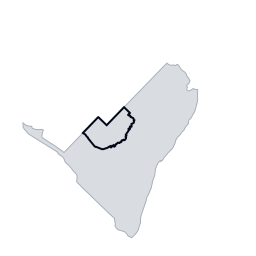 where Omaheke sits in Namibia, rotated 224°
{"feature_id": "NAM-3353", "entity_name": "Omaheke", "entity_type": "Region", "adm_level": 1, "iso_a3": "NAM", "parent_name": "Namibia", "parent_adm1": "", "projection": "robinson", "projection_center": [18.894, -22.054], "detail": "fine", "context": "in_parent", "style": "outline", "palette": "ink", "viewbox_px": 256, "rotation_deg": 224, "n_neighbors": 0, "source": "natural_earth", "source_scale": "10m", "svg_char_len": 5416}
<svg xmlns="http://www.w3.org/2000/svg" viewBox="0 0 256 256"><g transform="rotate(224 128 128)"><path d="M185.1,56.8L187.6,56.2L190.0,55.7L192.8,55.2L195.0,54.7L195.6,54.6L200.9,55.1L203.3,55.5L204.1,55.8L205.1,56.7L207.0,58.8L206.5,58.7L203.0,59.2L201.6,59.8L198.5,62.3L197.9,62.0L197.1,61.4L196.5,61.3L195.2,61.9L193.8,62.6L192.3,63.7L191.1,64.7L190.7,65.2L188.8,67.3L188.2,67.6L187.6,67.8L187.4,67.7L187.2,66.8L186.0,64.7L184.1,62.0L183.6,61.7L183.2,61.6L181.8,61.7L177.8,62.5L174.3,63.1L169.1,64.2L163.5,65.1L160.0,65.7L157.0,65.9L157.0,68.6L157.0,74.0L157.0,79.5L157.0,85.0L157.0,90.4L156.9,95.9L156.9,101.4L156.9,106.9L156.9,112.3L156.9,114.7L156.8,115.2L155.1,115.2L151.2,115.2L147.9,115.2L145.3,115.2L145.3,118.5L145.3,122.3L145.3,126.2L145.3,130.0L145.3,133.8L145.3,137.7L145.3,141.5L145.3,145.4L145.3,149.2L145.3,152.1L145.3,152.5L145.3,158.1L145.2,164.0L145.2,170.0L145.2,176.0L145.2,181.9L145.2,187.9L145.2,193.9L145.1,199.8L145.1,201.7L144.0,201.7L141.6,202.4L140.1,203.4L139.5,204.5L138.6,205.3L137.5,205.5L137.0,206.1L137.2,207.0L136.7,207.8L135.8,208.3L134.2,208.1L132.1,207.3L129.4,207.1L126.1,207.6L123.7,207.4L122.3,206.5L120.7,206.1L119.1,206.0L118.2,205.6L116.2,205.0L115.9,204.0L115.6,203.2L115.1,202.4L115.0,201.7L115.4,201.2L115.5,200.4L115.2,199.3L114.7,198.7L113.9,198.8L113.4,198.3L113.2,197.4L112.8,196.8L111.7,196.1L110.3,196.6L109.7,197.4L109.3,198.6L108.9,199.2L108.8,200.2L108.7,201.0L108.3,201.7L107.9,202.0L107.6,201.9L106.8,202.2L105.3,203.4L104.8,204.0L103.5,202.9L99.8,198.8L98.4,197.7L96.4,195.2L92.1,187.4L91.4,185.9L90.6,182.2L89.6,179.4L89.5,177.8L89.9,176.9L89.6,175.7L89.1,174.6L87.6,173.1L87.2,168.3L86.2,165.2L86.4,162.6L85.9,160.3L85.8,158.7L86.0,155.9L85.2,152.6L83.5,149.4L82.0,144.7L81.8,142.7L81.9,137.2L81.6,135.0L81.6,132.4L81.0,129.7L80.8,128.2L81.2,127.0L81.4,127.4L81.8,127.6L82.1,126.0L82.2,124.6L81.4,121.2L79.8,117.8L75.7,112.1L74.7,109.9L74.1,108.2L69.5,100.7L67.5,95.4L66.1,90.9L64.7,88.8L57.7,74.0L56.2,71.7L53.5,68.8L52.8,67.9L51.7,65.2L49.7,61.6L49.1,58.2L49.0,54.4L49.2,51.5L51.0,51.2L52.3,50.4L53.5,50.4L54.7,51.0L55.9,51.0L56.4,50.9L58.6,51.0L59.8,50.3L61.3,49.6L62.2,49.0L63.4,48.4L65.0,47.7L65.9,47.8L67.1,48.0L68.6,48.3L69.4,48.7L70.4,50.1L72.0,51.3L73.1,52.0L74.4,53.0L74.8,53.4L75.4,53.6L75.8,53.7L78.2,53.5L80.4,53.4L82.8,53.4L87.3,53.4L91.7,53.4L96.2,53.4L100.7,53.4L105.1,53.4L109.6,53.4L114.1,53.4L118.5,53.4L120.4,53.4L123.6,53.5L126.9,53.5L127.3,53.6L127.7,53.9L128.0,54.1L129.2,55.8L130.7,57.6L131.9,58.5L133.5,58.9L134.9,59.1L136.2,59.0L138.4,59.2L141.4,59.8L144.6,60.0L147.9,59.8L150.2,60.1L151.6,60.9L152.9,61.5L154.3,61.8L156.2,61.7L158.6,61.0L160.7,61.1L161.6,61.6L162.2,61.6L165.7,60.9L168.5,60.3L172.8,59.4L176.3,58.7L181.5,57.5L185.1,56.8Z" fill="#d9dde1" stroke="#a8b0b8" stroke-width="1"/><path d="M157.0,93.1L157.0,93.4L157.0,95.1L157.0,96.8L157.0,98.5L157.0,100.1L157.0,101.8L157.0,102.6L157.0,103.4L157.0,104.1L157.0,104.9L157.0,105.7L157.0,106.5L157.0,107.2L157.0,108.0L157.0,108.8L157.0,109.5L157.0,110.3L157.0,111.1L157.0,111.9L157.0,112.6L157.0,113.4L157.0,114.2L157.0,114.7L156.8,115.2L156.2,115.2L153.4,115.2L150.7,115.2L148.0,115.2L145.3,115.2L145.3,116.4L145.3,118.4L145.3,120.4L145.3,122.4L145.3,124.5L145.3,126.8L145.3,129.1L145.3,131.4L145.3,132.8L145.3,133.7L145.3,136.0L145.3,138.3L145.3,140.2L137.9,140.2L137.1,140.1L137.1,137.7L136.9,137.5L136.7,137.4L136.3,137.5L135.8,138.2L135.8,138.3L135.7,138.3L134.6,138.2L134.4,138.2L134.4,137.9L133.7,137.7L131.5,138.7L131.3,138.7L130.4,138.5L130.1,138.4L129.4,137.7L129.1,137.4L129.0,137.5L128.9,137.6L128.7,137.8L127.5,135.6L127.5,135.4L128.2,133.5L128.3,133.4L128.2,133.3L128.1,133.1L126.5,131.7L126.4,131.5L126.4,131.4L126.5,131.2L126.8,130.9L127.4,130.9L127.5,130.8L127.6,130.7L127.5,130.3L127.4,130.0L127.3,129.9L127.2,129.8L126.9,129.8L126.7,129.7L126.4,129.4L126.2,129.2L126.1,128.9L126.2,128.7L126.3,128.6L126.8,128.4L127.0,128.2L127.0,127.9L127.0,127.7L126.9,127.7L126.0,128.0L125.9,128.0L125.8,126.5L125.8,126.1L125.5,125.1L125.4,124.8L125.3,123.4L124.9,121.7L124.7,121.6L124.4,121.9L124.0,121.7L123.9,121.5L124.0,121.4L124.4,121.2L124.1,120.8L124.0,120.6L123.7,120.1L123.5,119.9L123.0,119.9L122.9,119.9L122.7,119.8L122.4,119.2L122.1,118.5L122.0,118.3L122.0,118.1L122.1,116.9L122.2,116.7L122.3,116.7L122.5,116.7L123.0,116.5L123.1,116.4L123.2,116.1L123.1,115.9L123.1,115.7L123.4,115.2L123.5,114.9L123.8,114.7L123.8,114.3L123.8,114.2L123.7,114.1L123.5,113.8L123.4,113.7L123.2,113.5L123.2,113.4L123.2,113.1L123.4,112.7L123.7,112.4L123.8,112.1L123.7,111.3L123.9,111.1L124.6,110.8L124.9,110.6L125.2,110.2L125.2,109.8L125.1,109.3L125.1,108.9L125.1,108.7L125.1,108.4L125.4,108.2L125.4,107.9L125.4,107.4L125.4,107.2L125.6,106.9L125.6,106.7L125.5,106.3L125.4,106.2L125.2,106.2L124.8,106.2L124.8,105.5L124.8,105.2L125.0,105.0L125.3,104.9L125.4,105.0L126.6,105.3L126.6,105.2L126.5,104.9L126.4,104.7L126.5,104.4L126.9,104.1L127.1,104.0L127.1,103.9L127.2,103.7L127.2,103.4L126.7,103.4L126.6,102.8L126.7,102.3L126.9,102.2L127.8,102.0L128.0,102.0L128.3,102.3L128.6,101.6L128.6,101.3L129.0,99.5L129.1,99.3L131.1,95.6L131.5,95.2L131.9,94.8L132.0,94.7L137.6,92.4L138.0,92.2L138.3,91.8L138.6,91.7L138.9,91.7L139.6,91.7L139.9,91.7L149.3,92.8L149.5,92.9L149.8,93.1L150.0,93.1L150.6,93.3L150.8,93.3L151.2,93.2L151.7,93.2L152.9,93.4L153.5,93.6L154.0,93.6L154.8,93.6L155.6,93.3L156.3,93.3L156.5,93.2L157.0,93.1L157.0,93.1Z" fill="none" stroke="#020617" stroke-width="2"/></g></svg>